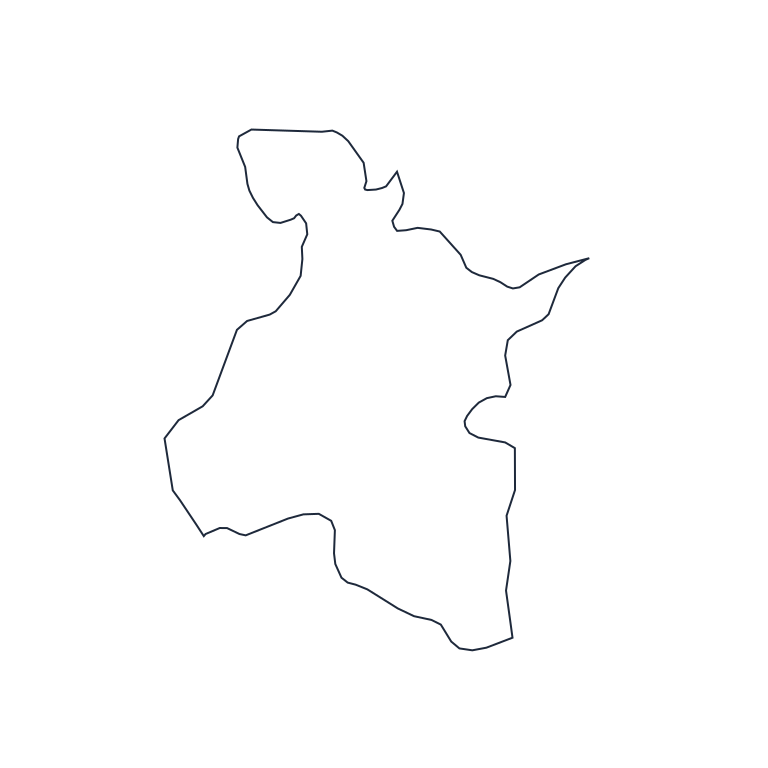 outline of Ocotepeque, rotated 253°
{"feature_id": "HND-653", "entity_name": "Ocotepeque", "entity_type": "Department", "adm_level": 1, "iso_a3": "HND", "parent_name": "Honduras", "parent_adm1": "", "projection": "mercator", "projection_center": [-89.003, 14.47], "detail": "fine", "context": "isolated", "style": "outline", "palette": "slate", "viewbox_px": 768, "rotation_deg": 253, "n_neighbors": 0, "source": "natural_earth", "source_scale": "10m", "svg_char_len": 1654}
<svg xmlns="http://www.w3.org/2000/svg" viewBox="0 0 768 768"><g transform="rotate(253 384 384)"><path d="M117.2,434.9L103.8,432.7L101.9,404.8L103.5,390.6L109.1,378.8L118.0,373.0L137.3,368.0L144.5,360.4L153.2,344.8L165.3,331.6L192.5,308.0L200.4,298.2L204.7,291.2L211.2,286.7L226.1,284.8L236.7,286.7L258.6,294.3L268.6,293.5L278.9,283.7L282.9,268.8L283.4,252.9L279.7,207.5L282.8,201.9L292.1,191.8L294.3,184.8L292.7,169.5L291.2,167.2L304.4,163.4L332.6,154.9L344.0,150.9L396.1,158.2L409.5,177.0L415.7,204.1L423.2,216.8L478.8,259.2L484.3,271.5L483.8,295.0L485.2,301.7L496.8,320.0L511.8,335.9L527.4,342.5L539.2,345.5L549.6,354.4L560.4,356.5L569.2,353.8L571.5,352.3L570.8,349.3L568.8,346.5L568.4,342.8L568.3,332.1L571.3,325.1L577.6,320.8L591.9,315.4L600.3,313.1L608.3,311.8L615.3,311.9L632.2,314.7L652.9,312.9L660.9,316.1L663.2,317.8L666.1,331.6L643.4,398.3L641.4,408.7L638.4,412.4L633.6,416.8L626.7,420.8L601.5,429.2L583.1,426.5L577.3,422.5L575.5,422.8L574.3,424.8L572.3,433.2L572.0,439.4L572.4,443.8L583.2,458.5L560.8,458.9L550.8,454.3L546.1,449.7L537.7,439.7L531.4,439.6L526.6,441.3L524.6,450.1L523.5,461.8L518.0,474.2L513.5,481.9L485.1,495.1L471.1,496.7L465.4,500.7L460.1,506.9L452.6,519.2L447.3,525.1L441.1,530.3L437.7,535.2L436.8,542.0L443.5,564.0L445.3,593.0L444.3,617.1L443.8,612.9L440.6,601.6L432.8,588.4L424.7,578.7L402.6,561.8L398.7,553.8L395.3,526.3L389.7,515.2L375.8,508.2L346.1,504.7L336.2,496.1L339.6,487.3L340.4,478.2L338.5,469.2L334.2,461.0L329.2,454.2L324.9,450.2L319.8,449.3L312.1,451.4L305.2,458.5L292.7,482.8L284.4,490.4L244.3,478.3L222.2,462.7L177.8,453.1L150.8,440.3L117.2,434.9Z" fill="none" stroke="#1e293b" stroke-width="2"/></g></svg>